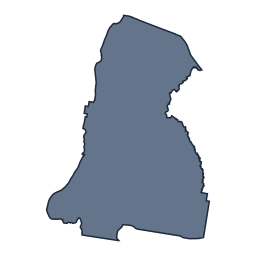 the district of Penrith, New South Wales, Australia
{"feature_id": "25037944B77698637071191", "entity_name": "Penrith", "entity_type": "district", "adm_level": 2, "iso_a3": "AUS", "parent_name": "Australia", "parent_adm1": "New South Wales", "projection": "albers", "projection_center": [150.748, -33.748], "detail": "fine", "context": "isolated", "style": "filled", "palette": "slate", "viewbox_px": 256, "rotation_deg": 0, "n_neighbors": 0, "source": "geoboundaries", "source_scale": "gbopen_adm2", "svg_char_len": 5803}
<svg xmlns="http://www.w3.org/2000/svg" viewBox="0 0 256 256"><path d="M201.7,69.7L199.0,66.4L190.7,55.2L187.4,46.1L186.8,44.7L184.7,41.3L182.2,38.3L180.8,36.3L175.2,34.2L175.3,34.0L159.4,28.0L138.8,20.1L137.8,19.5L133.0,17.7L132.7,17.8L132.1,17.1L131.9,17.3L129.8,16.3L124.9,15.5L123.6,15.4L123.6,16.5L120.5,21.3L119.6,22.3L118.0,23.2L115.8,23.8L115.4,23.9L115.1,23.6L114.7,23.5L114.1,23.6L113.7,23.5L112.4,24.6L111.9,25.4L111.1,26.0L109.6,28.0L108.1,30.8L106.3,36.0L104.7,39.4L102.4,46.1L100.7,49.8L100.6,50.1L100.6,51.1L101.6,54.7L101.3,54.9L101.2,55.2L101.3,55.6L101.5,55.9L101.7,57.7L101.6,58.3L101.7,58.9L101.5,59.0L101.2,60.4L100.2,61.5L97.5,63.0L96.8,63.2L95.5,65.9L94.8,69.2L96.2,82.4L95.3,90.4L95.3,92.0L95.6,93.8L95.4,96.0L94.8,99.1L95.0,99.1L94.9,99.7L94.4,100.7L94.0,101.1L93.9,101.5L93.5,102.0L93.4,102.4L92.5,102.1L89.1,101.7L88.3,106.5L85.3,106.0L84.2,113.4L87.3,114.0L86.8,117.0L85.3,116.7L84.2,123.2L83.5,125.0L83.4,126.2L82.9,128.3L83.9,129.0L85.1,129.4L85.7,130.7L85.9,131.5L85.8,132.3L85.5,133.1L84.1,135.1L83.7,136.2L83.8,137.5L84.3,139.1L84.3,139.8L83.9,141.1L83.9,141.8L84.7,143.6L84.8,144.1L84.7,144.7L84.1,145.9L84.0,146.5L84.0,147.2L84.5,149.5L84.4,150.8L84.2,151.6L83.8,152.5L83.3,152.9L82.5,153.2L82.2,154.2L83.1,154.9L83.4,154.9L84.1,154.5L84.6,154.7L84.3,155.3L83.0,156.5L81.3,159.7L80.1,162.1L77.8,167.9L74.3,172.8L73.2,175.2L70.8,178.8L68.5,183.2L67.1,184.6L65.3,186.8L61.2,190.3L56.6,192.2L54.8,193.2L53.1,194.3L51.1,196.7L49.9,198.5L48.9,200.6L48.3,202.6L47.5,206.2L46.7,208.9L46.7,210.0L47.3,212.0L47.6,213.1L49.4,217.0L50.6,218.4L51.3,218.8L52.1,219.1L57.0,219.2L60.5,219.0L62.1,219.3L62.7,219.7L62.2,220.0L63.8,223.0L67.0,223.3L67.0,223.0L68.8,222.2L70.2,222.9L71.5,222.4L71.8,222.6L72.4,223.2L73.0,223.3L74.8,223.0L76.4,222.1L77.1,220.2L77.2,219.6L77.9,219.0L78.5,218.0L78.9,217.9L79.5,218.1L80.0,218.5L81.2,221.6L81.3,222.3L81.6,223.0L81.6,223.6L81.3,224.6L80.3,226.8L80.6,227.9L81.1,228.4L82.2,231.1L82.2,231.4L81.9,233.0L82.1,235.0L118.7,240.6L118.8,240.6L117.0,238.6L116.7,237.7L116.9,234.6L117.5,231.6L117.7,231.0L118.2,230.3L121.4,227.4L122.1,226.5L122.4,225.9L122.7,224.9L122.8,224.7L129.5,225.2L131.4,225.6L133.1,226.3L133.9,226.8L136.0,228.6L137.5,229.1L179.2,235.8L180.2,236.0L183.4,237.7L186.3,238.1L188.5,238.6L191.6,238.7L198.7,238.5L203.5,237.5L209.3,201.3L206.2,200.8L207.4,193.7L201.2,192.6L201.1,192.3L201.4,191.4L201.8,191.2L201.8,190.9L201.7,190.5L202.0,190.4L202.0,190.1L202.0,189.9L201.8,189.8L201.8,189.5L202.2,189.2L202.0,188.7L202.2,188.3L202.7,188.1L202.6,187.7L202.8,187.4L202.8,187.1L203.4,186.8L203.4,186.7L203.3,186.3L203.7,186.1L204.0,185.6L203.7,185.5L203.3,184.8L203.6,184.4L203.5,184.1L203.6,183.5L203.1,183.1L203.0,182.9L202.6,182.8L202.6,182.2L202.3,182.1L202.7,181.7L202.6,181.2L203.1,180.7L203.0,180.0L202.6,179.9L202.5,179.7L202.5,179.3L203.9,177.9L203.9,177.6L203.5,177.4L203.5,177.0L203.2,176.8L203.6,176.5L203.6,176.3L202.9,176.0L202.8,175.3L203.1,174.4L203.3,174.3L203.4,173.9L203.4,173.6L202.8,173.5L202.7,173.3L203.0,172.6L202.8,172.3L202.8,170.7L203.0,170.1L202.5,169.9L202.3,169.5L201.9,169.4L202.2,168.6L201.2,168.3L200.8,167.7L200.7,167.0L200.3,166.7L201.0,166.2L200.9,166.0L200.3,165.9L200.2,165.5L200.5,165.2L200.4,164.8L201.3,163.7L201.1,163.3L201.2,162.3L201.1,161.6L200.4,161.7L199.6,161.4L199.9,160.7L199.8,160.2L199.7,160.0L199.4,160.0L199.3,159.8L199.7,159.5L199.7,159.2L200.1,158.8L200.1,158.1L199.9,157.9L199.5,158.2L198.8,158.0L199.0,157.0L198.5,156.8L198.4,156.6L198.7,155.9L198.6,155.7L198.2,155.4L198.1,155.0L197.9,154.8L197.4,154.8L196.8,154.5L197.0,154.0L197.4,153.7L197.4,153.4L197.1,153.3L196.7,153.5L195.4,152.4L195.4,151.6L195.2,151.2L194.9,150.2L194.5,150.0L194.8,149.6L194.8,149.3L195.1,149.2L194.9,148.6L194.2,148.1L194.1,147.3L194.1,147.1L194.5,146.9L194.5,146.6L194.4,146.5L193.9,146.6L193.6,146.4L193.2,145.4L192.9,145.3L192.3,144.4L192.0,144.1L191.8,143.7L191.7,143.2L191.2,142.8L191.0,142.5L191.0,141.9L190.0,141.6L189.9,141.0L189.7,140.2L189.1,139.5L189.4,138.9L189.0,138.6L189.0,137.9L188.9,137.7L188.6,137.4L188.5,137.1L188.1,136.9L188.2,136.5L187.9,136.1L187.8,135.4L187.5,135.1L187.4,134.9L187.3,134.4L187.9,134.2L188.0,133.5L187.9,133.2L188.2,133.0L188.3,132.8L187.7,132.4L187.6,132.0L186.9,131.4L185.4,130.9L185.4,130.6L185.8,130.1L185.5,129.6L185.9,129.4L185.4,128.2L185.7,127.7L185.6,127.2L185.2,126.8L184.6,127.2L183.8,126.8L183.1,125.5L182.7,125.2L182.5,124.5L182.7,124.1L182.2,123.5L182.1,123.0L182.2,122.7L181.5,121.9L181.0,121.6L180.5,122.0L179.8,121.4L178.8,121.4L178.3,121.6L177.7,120.7L177.7,119.8L176.1,119.5L176.4,118.9L173.8,117.4L173.4,116.9L171.7,115.8L170.5,117.9L166.7,117.6L166.8,116.5L166.7,116.0L166.6,115.2L165.8,114.0L165.2,113.3L165.3,112.8L165.8,112.0L166.5,111.6L167.3,111.4L167.6,111.2L168.2,110.2L168.2,109.7L167.8,109.0L168.0,109.0L167.5,107.0L167.2,106.5L167.2,105.7L168.3,104.5L168.4,104.3L168.2,104.0L168.4,103.7L168.6,103.6L168.8,103.9L169.4,104.0L169.3,103.3L169.6,102.7L169.7,101.8L170.1,101.1L170.3,100.2L170.8,99.6L170.7,98.1L170.0,96.6L169.9,94.8L169.6,94.0L169.7,92.9L170.0,92.8L170.6,93.1L170.9,92.9L171.7,91.7L172.1,90.9L173.2,89.8L173.8,89.5L174.4,89.5L175.8,91.2L176.7,91.8L176.9,91.7L176.7,91.2L176.9,90.9L177.6,90.8L177.9,90.4L178.5,90.1L179.0,89.3L179.2,88.5L178.9,87.6L179.1,86.7L178.6,86.2L178.6,85.7L178.9,85.4L179.1,85.6L179.3,84.8L180.2,83.9L181.6,83.7L182.8,82.8L183.4,81.8L183.2,81.7L182.7,81.8L182.6,81.6L183.6,80.9L184.8,80.6L185.8,80.1L186.1,79.9L186.4,79.3L187.1,79.0L187.3,78.5L187.3,78.2L186.6,77.8L186.4,77.4L186.5,77.2L187.9,76.4L189.7,75.8L190.0,75.5L190.9,71.0L192.6,68.1L192.9,68.0L193.0,67.6L193.5,67.2L194.1,66.9L194.3,67.7L195.7,67.9L195.9,67.7L195.9,67.1L196.3,67.1L196.8,67.7L197.2,68.8L197.8,69.6L198.4,70.1L200.2,70.5L200.7,70.3L201.4,69.7L201.7,69.7Z" fill="#64748b" stroke="#1e293b" stroke-width="1.5"/></svg>